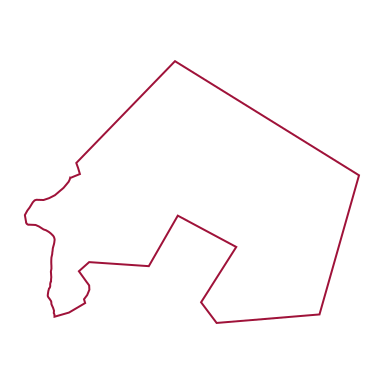 Sadat City, Al Buhayrah, Egypt, rotated 181°
{"feature_id": "37247803B47904528840221", "entity_name": "Sadat City", "entity_type": "district", "adm_level": 2, "iso_a3": "EGY", "parent_name": "Egypt", "parent_adm1": "Al Buhayrah", "projection": "mercator", "projection_center": [30.833, 30.358], "detail": "fine", "context": "isolated", "style": "outline", "palette": "rose", "viewbox_px": 384, "rotation_deg": 181, "n_neighbors": 0, "source": "geoboundaries", "source_scale": "gbopen_adm2", "svg_char_len": 1920}
<svg xmlns="http://www.w3.org/2000/svg" viewBox="0 0 384 384"><g transform="rotate(181 192 192)"><path d="M165.1,61.5L62.4,71.8L25.3,211.6L211.3,322.5L308.2,219.0L306.3,214.0L304.4,208.0L311.2,205.1L313.2,204.2L314.0,204.3L314.0,204.2L314.1,203.7L314.3,203.2L314.4,202.8L314.5,202.3L314.7,201.9L314.9,201.4L315.1,201.0L315.3,200.6L315.5,200.1L320.5,193.9L322.5,192.1L322.9,191.8L329.0,186.4L334.1,183.7L334.9,183.3L340.3,181.4L347.5,181.5L348.8,181.0L349.2,180.9L351.0,178.9L354.1,173.6L356.3,170.6L358.7,166.0L357.6,160.3L357.4,159.6L357.4,159.4L357.4,159.2L357.4,158.9L357.4,158.7L357.3,158.4L357.2,158.3L357.2,158.2L357.0,157.9L356.9,157.8L356.9,157.7L356.7,157.5L356.7,157.4L356.5,157.2L356.4,157.1L356.2,157.0L356.0,156.9L355.9,156.8L355.8,156.7L355.7,156.7L355.4,156.6L355.2,156.5L354.9,156.5L354.7,156.4L354.4,156.4L354.2,156.5L347.8,156.3L344.3,154.8L339.8,152.0L337.3,151.2L336.6,150.8L335.3,150.1L334.7,149.7L334.0,149.3L332.1,147.8L331.0,146.7L330.1,145.9L329.1,144.3L328.9,143.5L328.7,143.0L328.6,142.4L328.5,141.7L328.6,141.2L328.8,139.2L329.1,137.5L330.0,134.0L330.2,133.1L330.4,130.4L330.6,129.5L330.6,128.9L330.7,127.8L330.7,127.4L331.4,124.1L331.5,121.8L331.5,119.7L331.5,119.4L331.4,117.2L331.3,116.1L331.2,112.9L331.3,112.3L331.7,110.0L331.7,109.4L331.6,109.1L331.4,106.6L331.3,105.3L331.2,104.5L331.4,102.0L331.4,100.4L331.4,99.9L331.8,99.6L332.1,98.1L332.2,97.4L332.1,95.5L332.3,94.5L332.6,93.7L333.3,93.0L333.5,91.9L333.6,91.6L333.9,90.6L334.1,89.0L334.2,88.4L334.4,86.4L334.4,85.5L333.8,84.2L332.5,82.6L331.0,80.4L330.8,79.7L330.7,78.6L330.6,77.5L330.1,76.3L328.9,73.8L327.9,70.9L328.1,68.6L327.4,67.1L327.4,66.6L327.3,64.9L326.3,65.2L312.9,69.3L305.7,73.7L296.9,79.1L298.1,82.9L295.0,87.1L292.9,92.5L293.2,96.8L295.0,99.2L295.5,99.8L303.7,110.8L293.6,120.1L233.9,117.1L205.8,168.1L146.8,137.8L172.3,96.1L172.5,95.7L181.0,81.9L165.1,61.5Z" fill="none" stroke="#9f1239" stroke-width="2"/></g></svg>